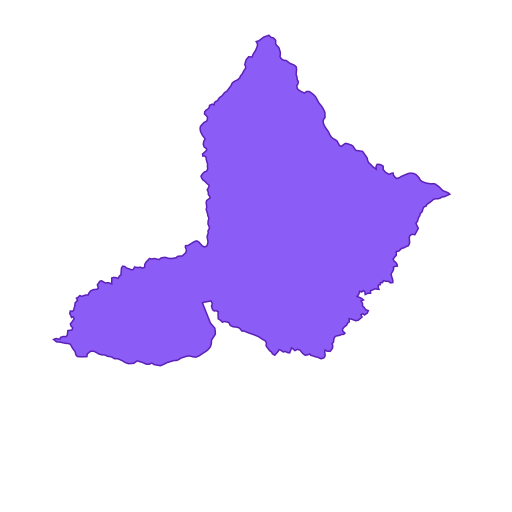 Faina, Goiás, Brazil, rotated 306°
{"feature_id": "56859067B6165476818632", "entity_name": "Faina", "entity_type": "district", "adm_level": 2, "iso_a3": "BRA", "parent_name": "Brazil", "parent_adm1": "Goiás", "projection": "mercator", "projection_center": [-50.379, -15.446], "detail": "fine", "context": "isolated", "style": "filled", "palette": "violet", "viewbox_px": 512, "rotation_deg": 306, "n_neighbors": 0, "source": "geoboundaries", "source_scale": "gbopen_adm2", "svg_char_len": 6125}
<svg xmlns="http://www.w3.org/2000/svg" viewBox="0 0 512 512"><g transform="rotate(306 256 256)"><path d="M69.5,141.3L69.3,145.2L70.9,147.6L73.4,153.3L74.7,155.3L75.5,157.7L73.5,161.9L72.3,165.8L70.0,168.7L69.7,170.7L71.6,173.7L75.2,178.4L77.4,177.1L79.8,177.6L81.5,178.1L83.5,180.5L84.0,182.8L84.3,186.3L85.3,189.2L87.0,191.6L87.6,194.8L89.5,198.5L89.7,201.8L91.7,204.7L92.7,209.4L92.9,212.6L93.9,216.1L97.3,220.2L101.3,221.5L103.1,226.5L103.9,230.6L105.6,233.2L108.1,234.6L108.3,237.4L111.0,243.1L114.4,245.2L117.6,246.8L123.0,250.9L125.1,253.4L127.3,254.6L129.1,255.2L133.7,258.5L135.6,260.3L136.7,262.3L137.4,264.4L139.0,267.0L141.9,268.7L145.9,270.1L149.5,271.6L152.4,272.3L155.5,272.5L158.4,271.6L162.0,269.4L168.8,269.1L170.9,267.5L173.4,265.1L175.0,258.5L186.6,240.2L188.3,241.3L193.2,246.1L191.7,248.7L189.2,249.5L187.0,252.5L187.0,254.7L188.3,255.7L188.7,258.2L186.6,259.5L183.0,262.3L183.1,265.0L182.7,267.7L184.5,269.0L186.2,273.0L184.7,276.0L185.3,279.1L187.1,282.2L188.0,284.9L187.0,288.8L188.3,290.4L189.3,294.8L191.0,300.3L192.3,305.7L192.3,309.0L192.8,313.5L191.6,315.7L189.4,316.8L188.6,318.7L187.4,322.7L187.4,325.0L186.5,326.9L186.8,329.5L191.8,330.0L193.9,329.7L194.3,331.8L194.4,334.4L196.0,335.9L196.5,338.7L197.5,340.2L202.5,338.8L202.6,340.7L202.3,343.1L204.9,344.4L205.7,347.2L204.6,351.1L204.6,354.2L206.8,356.2L208.4,357.1L207.8,358.7L208.6,360.6L209.3,363.1L210.3,365.3L211.1,369.1L213.5,370.8L215.5,370.7L217.0,369.8L218.7,368.0L220.7,367.2L220.7,369.3L222.5,372.1L226.3,372.1L228.5,370.9L229.7,369.1L232.0,369.3L233.6,368.3L236.2,367.2L238.6,368.0L240.8,370.2L243.0,371.5L244.1,373.0L245.9,373.3L246.3,370.2L247.8,369.0L250.2,369.1L253.4,370.0L255.4,369.5L257.6,370.2L260.0,368.2L261.2,370.8L262.2,374.7L264.2,376.5L269.0,377.7L270.1,375.4L272.1,376.3L272.0,378.4L275.2,379.6L277.8,379.0L277.1,376.3L278.0,373.5L278.3,371.5L280.3,370.0L281.4,367.4L283.6,368.8L283.8,366.5L283.4,364.3L282.7,361.5L285.2,361.7L288.5,360.6L288.9,362.6L291.2,363.2L290.9,365.2L289.0,367.0L291.4,368.3L293.2,370.6L295.3,369.0L297.4,370.5L299.3,371.5L301.3,375.1L302.6,373.2L304.5,372.1L305.9,373.4L307.6,372.4L308.8,374.0L311.0,373.6L311.9,376.0L313.5,378.3L313.2,380.4L314.9,382.3L316.8,381.0L319.4,377.5L320.9,375.8L324.1,375.6L326.2,375.1L327.6,373.8L329.3,374.5L330.9,376.3L332.2,375.0L333.0,372.8L333.0,370.9L334.1,368.8L336.9,368.8L339.0,369.1L342.0,366.9L344.1,368.7L347.7,369.3L349.6,370.9L351.9,372.0L354.0,373.3L356.9,372.6L360.6,369.5L362.5,368.5L365.2,369.3L366.6,372.0L372.1,371.3L373.8,371.0L375.6,367.6L376.6,366.1L379.0,366.3L381.1,365.4L383.3,364.8L384.9,364.9L386.8,363.9L389.4,364.4L392.8,363.2L394.6,363.1L396.3,364.3L398.1,363.9L402.2,365.4L406.0,366.3L407.8,367.5L409.0,369.3L410.7,370.8L413.2,371.9L414.5,373.4L419.9,376.5L420.1,374.2L418.7,368.7L419.6,363.3L419.6,358.9L418.9,357.1L417.2,355.1L414.9,350.5L414.0,347.2L413.9,344.6L415.2,341.6L415.9,337.9L415.6,335.4L414.1,332.6L413.0,331.3L411.2,330.0L405.5,326.6L403.9,326.1L401.4,324.3L401.5,322.0L402.2,319.7L403.7,318.1L402.3,316.8L400.3,315.7L399.8,311.8L400.7,308.1L403.4,306.1L403.3,304.0L402.6,301.8L401.3,300.1L399.0,300.5L396.9,302.2L396.9,297.6L397.4,295.6L397.8,292.1L398.8,290.4L400.8,288.0L403.3,280.7L400.1,274.6L401.8,270.1L401.8,267.8L400.5,263.7L399.6,262.1L397.8,261.4L394.9,260.7L394.5,258.5L396.7,253.9L396.7,251.8L396.3,249.6L396.4,247.4L397.2,245.1L399.2,241.3L400.4,237.7L401.6,234.7L403.2,232.2L404.7,231.0L406.3,230.4L408.7,230.4L412.7,227.3L414.7,223.7L415.6,221.4L416.9,216.8L419.7,210.9L420.3,208.5L420.5,204.5L420.3,202.2L418.8,200.2L416.3,199.4L415.7,196.5L415.4,193.2L415.7,191.0L417.6,189.0L420.0,188.7L422.0,187.7L423.0,185.6L425.1,183.7L426.5,181.7L430.6,179.3L432.6,177.5L432.9,175.0L432.4,172.4L431.8,170.4L431.9,165.4L430.5,163.2L430.5,160.5L431.4,158.2L433.4,157.2L435.3,155.7L438.1,151.9L438.5,149.2L439.1,147.3L442.1,145.1L442.7,142.1L441.7,139.5L442.2,136.7L437.7,133.6L431.8,131.8L429.6,130.1L428.4,132.7L426.0,133.9L422.0,134.8L417.5,135.1L414.7,135.9L412.9,132.9L409.3,132.7L407.1,133.3L404.1,134.5L403.4,136.1L401.8,137.2L398.3,137.3L394.9,137.9L392.7,137.6L390.7,138.1L387.9,137.6L383.8,135.5L381.6,135.1L379.2,135.7L372.1,135.5L369.6,134.5L365.8,134.4L363.1,133.5L361.4,133.3L359.1,133.6L357.6,132.7L355.7,132.2L353.7,133.2L353.1,131.3L350.6,129.9L348.7,130.8L346.7,130.7L344.8,129.9L342.6,129.7L340.6,130.8L340.4,133.0L339.7,135.3L336.9,136.8L335.2,136.4L333.8,135.5L331.2,135.1L328.1,134.9L326.3,135.8L324.4,137.6L322.7,140.5L321.9,142.5L320.9,146.0L318.2,146.3L315.4,147.6L313.7,150.1L313.8,152.9L312.2,153.9L307.1,152.8L305.6,154.2L306.7,155.5L306.4,157.9L304.8,159.0L301.8,162.9L299.8,164.1L298.3,165.6L295.6,166.2L293.5,164.8L290.7,164.4L288.2,164.6L287.1,166.3L286.3,168.4L286.4,170.2L285.8,174.1L285.6,176.7L283.3,177.4L280.9,177.6L279.6,179.9L277.8,181.2L277.1,183.2L276.0,184.7L271.9,183.5L270.0,184.2L266.5,187.5L264.4,188.3L261.8,191.9L260.4,193.2L258.9,195.7L256.2,196.7L253.7,198.3L251.6,201.7L249.9,202.2L248.0,202.4L246.8,203.7L242.9,205.0L239.6,208.5L237.8,209.6L235.1,210.3L233.0,209.0L232.6,206.5L233.7,201.6L233.4,199.1L231.3,197.6L224.3,194.7L223.0,192.9L221.5,193.7L220.5,195.5L218.9,196.8L217.1,197.2L212.5,196.2L211.1,194.3L209.5,192.7L207.4,192.4L206.2,190.9L204.6,189.5L202.7,186.6L201.6,183.4L200.3,181.9L198.5,180.3L196.3,179.8L195.2,177.6L194.3,175.3L192.3,173.5L191.4,171.3L186.0,170.6L183.8,171.0L181.3,172.5L179.3,171.0L179.0,169.0L177.7,167.8L176.5,166.0L175.7,164.2L173.1,164.7L171.8,163.6L170.1,157.9L170.4,156.0L169.4,154.1L167.2,154.2L161.3,157.8L159.7,157.3L156.8,157.5L156.1,155.2L155.0,153.4L153.4,152.2L148.6,155.7L147.7,152.3L145.6,149.9L145.2,145.6L143.8,144.5L139.4,144.6L137.5,147.2L135.7,147.0L133.2,144.2L130.5,142.7L127.7,142.6L125.7,143.1L124.4,141.2L120.8,138.6L120.5,136.8L117.9,136.3L116.3,135.5L115.4,137.7L111.8,137.2L109.4,138.6L105.0,140.3L103.3,140.0L102.4,138.1L100.0,139.1L99.0,141.2L97.8,142.9L99.3,143.8L98.4,145.7L94.8,145.9L92.0,145.7L90.6,147.4L90.2,150.0L87.8,150.5L85.1,147.6L81.2,149.8L79.1,149.7L77.6,147.4L75.3,145.7L73.7,146.3L72.6,144.8L71.8,142.8L69.5,141.3Z" fill="#8b5cf6" stroke="#5b21b6" stroke-width="1.5"/></g></svg>